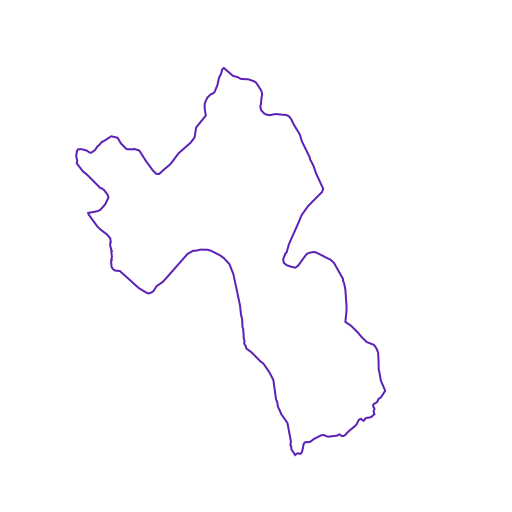 Tecpán Guatemala, Chimaltenango, Guatemala, rotated 139°
{"feature_id": "79465075B20320299128156", "entity_name": "Tecpán Guatemala", "entity_type": "district", "adm_level": 2, "iso_a3": "GTM", "parent_name": "Guatemala", "parent_adm1": "Chimaltenango", "projection": "orthographic", "projection_center": [-90.996, 14.81], "detail": "fine", "context": "isolated", "style": "outline", "palette": "violet", "viewbox_px": 512, "rotation_deg": 139, "n_neighbors": 0, "source": "geoboundaries", "source_scale": "gbopen_adm2", "svg_char_len": 3429}
<svg xmlns="http://www.w3.org/2000/svg" viewBox="0 0 512 512"><g transform="rotate(139 256 256)"><path d="M161.2,262.6L156.4,279.2L153.5,286.3L151.6,293.9L150.7,295.3L146.1,312.6L143.2,318.9L141.2,330.7L139.6,336.7L139.5,340.1L140.7,342.5L148.2,350.4L153.4,353.4L155.5,356.0L156.3,358.2L156.5,362.8L154.5,366.2L152.7,367.3L149.0,371.0L145.4,373.9L143.8,376.6L143.2,379.4L142.2,386.5L142.7,388.9L145.8,394.3L151.2,399.5L152.7,403.3L155.2,407.0L156.9,419.0L159.2,418.9L162.2,416.8L167.1,414.7L172.7,410.5L179.3,407.1L181.3,406.8L184.1,407.7L188.6,407.5L192.0,406.1L194.9,404.5L198.2,400.7L201.7,394.9L216.8,392.3L224.6,385.8L231.1,384.4L247.2,384.3L256.8,382.2L260.4,381.5L269.5,381.6L275.2,381.4L277.4,383.3L277.7,388.7L276.7,400.3L274.9,412.1L277.7,416.8L279.1,417.3L283.6,421.6L284.1,429.5L282.9,436.1L286.7,441.3L296.3,442.7L296.9,443.3L301.7,442.6L304.0,442.7L308.0,441.6L312.5,442.0L313.7,443.2L314.6,446.7L317.6,451.1L320.2,453.2L322.2,452.7L326.0,449.6L328.3,445.4L330.5,443.5L331.1,433.5L330.1,427.6L328.9,409.3L327.9,408.0L327.4,405.1L327.8,399.7L328.8,397.1L335.9,393.9L343.2,393.0L346.4,393.9L354.4,398.6L355.1,397.3L356.4,381.9L355.9,377.5L354.3,369.8L354.4,365.0L356.5,361.7L357.5,361.5L359.5,359.1L360.7,356.2L361.6,355.4L361.6,354.1L362.7,353.7L365.4,349.7L367.1,348.7L367.3,347.6L368.6,347.4L372.2,342.5L372.5,339.9L372.0,337.6L368.6,333.9L365.5,308.7L362.9,300.6L361.8,298.3L359.1,297.1L356.2,296.8L350.8,298.5L343.5,297.6L337.4,298.3L306.2,302.5L299.8,301.1L297.9,299.4L294.0,297.4L288.4,292.5L286.3,289.0L282.7,280.1L281.6,275.2L281.4,267.3L285.0,257.1L300.6,229.0L305.8,221.6L308.0,217.3L312.9,211.1L313.3,209.7L319.5,201.5L320.3,199.6L322.4,197.6L322.7,195.2L324.0,192.5L322.6,186.4L321.8,173.5L321.0,169.9L322.1,160.0L324.2,151.1L335.1,134.4L335.5,132.4L338.3,127.9L339.9,122.3L340.7,120.1L341.8,109.4L345.2,103.6L351.4,93.0L354.3,90.5L354.3,89.2L356.1,86.9L357.0,80.1L355.3,80.1L354.1,79.8L353.3,79.1L352.7,77.9L351.7,77.5L350.6,77.7L349.8,78.0L348.0,79.2L343.8,82.5L342.7,83.1L341.5,83.3L340.5,82.8L338.6,81.3L338.0,80.7L337.2,80.3L336.1,80.2L334.8,80.0L333.3,80.0L332.0,79.8L330.3,79.4L329.1,79.1L327.6,78.7L326.1,78.4L324.4,77.9L323.5,77.3L322.6,76.7L322.0,75.9L320.9,73.4L320.0,72.2L319.3,71.7L317.6,70.6L315.5,69.2L313.8,68.0L312.5,67.2L311.6,67.0L310.1,66.7L309.7,65.7L309.3,63.6L308.3,62.9L307.5,62.6L306.2,62.4L304.8,62.5L303.7,62.7L301.6,62.9L298.7,62.9L292.0,62.7L290.7,62.9L287.2,64.4L285.8,64.8L284.9,64.8L283.5,64.0L283.5,63.2L282.9,61.0L281.7,61.1L280.5,61.5L279.2,61.5L278.2,60.9L277.6,60.5L276.5,59.7L275.7,59.3L274.5,58.9L273.5,58.9L271.5,59.0L270.5,58.8L270.0,59.9L269.5,61.1L268.8,61.9L268.0,62.4L267.0,62.7L266.5,63.8L266.3,65.3L265.7,66.4L264.6,67.0L263.8,67.0L262.9,66.8L261.5,66.4L260.6,66.4L259.9,66.5L258.5,67.2L257.4,67.7L256.2,67.6L255.0,67.4L253.9,67.5L253.0,67.8L252.2,68.0L251.4,68.2L249.9,68.7L246.9,69.5L243.5,80.1L239.3,87.1L237.6,90.2L233.8,94.6L227.3,102.8L225.7,107.3L225.3,111.5L228.8,118.3L229.5,125.4L229.3,130.7L230.0,141.1L231.8,147.6L222.9,156.0L220.1,159.4L210.6,172.0L207.7,177.0L206.5,180.4L205.4,181.5L201.7,199.5L202.2,204.4L204.6,210.0L206.1,213.9L208.3,219.0L209.5,220.9L212.1,222.6L215.4,224.1L217.4,224.1L230.7,221.0L234.0,221.4L236.5,224.8L238.9,229.0L239.5,232.6L237.6,235.8L233.7,237.7L232.7,238.5L230.6,238.6L224.2,242.8L221.1,244.4L203.1,252.8L194.8,256.9L184.0,259.5L164.1,261.0L161.2,262.6Z" fill="none" stroke="#5b21b6" stroke-width="2"/></g></svg>